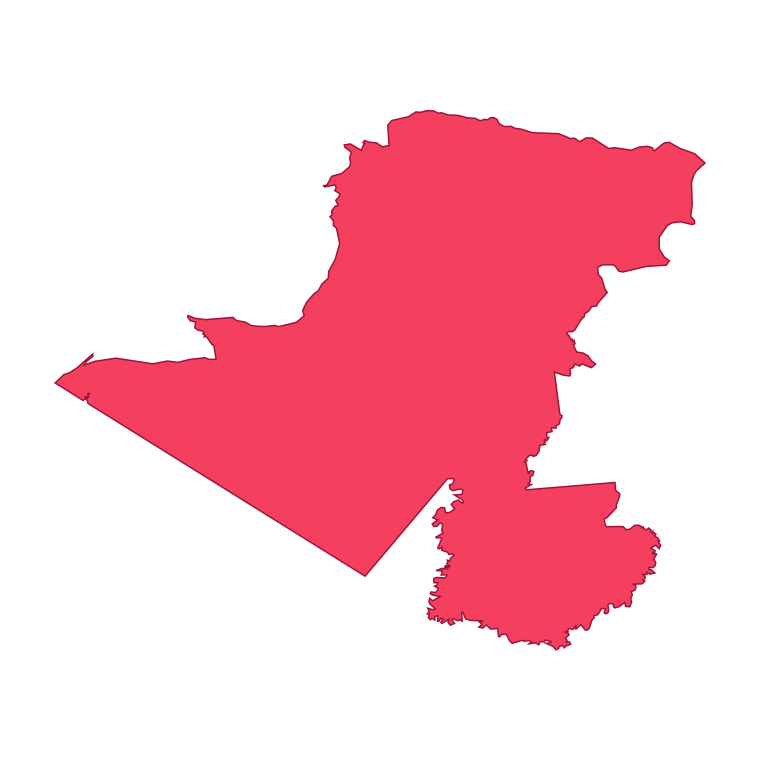 San Vicente De Chucuri, Santander, Colombia (Natural Earth projection), rotated 268°
{"feature_id": "7082276B82845110848853", "entity_name": "San Vicente De Chucuri", "entity_type": "district", "adm_level": 2, "iso_a3": "COL", "parent_name": "Colombia", "parent_adm1": "Santander", "projection": "natural_earth1", "projection_center": [-73.583, 6.928], "detail": "fine", "context": "isolated", "style": "filled", "palette": "rose", "viewbox_px": 768, "rotation_deg": 268, "n_neighbors": 0, "source": "geoboundaries", "source_scale": "gbopen_adm2", "svg_char_len": 6148}
<svg xmlns="http://www.w3.org/2000/svg" viewBox="0 0 768 768"><g transform="rotate(268 384 384)"><path d="M135.3,482.1L135.7,489.2L127.7,489.6L127.3,490.6L129.7,493.1L129.6,497.4L123.3,500.3L120.4,503.0L123.0,513.1L122.0,515.2L122.6,520.0L121.3,522.3L119.2,519.9L120.1,526.3L117.9,529.5L121.1,531.3L120.7,535.4L122.6,536.2L120.8,541.9L119.6,541.6L119.2,536.9L115.8,543.8L112.3,546.6L113.7,549.4L115.3,549.6L116.6,553.2L114.1,555.0L115.9,556.9L117.3,561.5L119.7,560.5L119.7,557.1L121.5,558.0L123.7,556.4L126.8,560.2L128.7,559.3L129.8,556.7L130.3,559.3L131.7,558.9L133.2,560.3L132.0,564.1L136.3,567.8L133.3,566.5L132.4,567.2L136.6,572.3L131.1,576.6L130.9,578.3L132.8,580.6L141.3,583.8L142.6,585.8L145.1,585.6L146.0,589.7L152.0,593.6L151.8,597.5L147.8,596.0L146.7,597.1L147.3,599.6L149.7,600.7L155.4,600.1L156.8,601.7L156.2,605.4L153.1,605.7L152.2,607.0L153.3,611.2L157.2,617.0L153.4,617.7L152.8,621.8L157.5,623.9L160.7,623.1L164.6,624.8L167.9,623.8L169.1,627.4L171.3,628.6L173.7,628.6L175.2,625.5L175.3,635.0L177.8,637.8L179.4,636.2L180.4,638.0L182.2,638.3L184.7,636.4L184.5,640.0L186.6,640.2L184.7,643.2L185.7,648.1L189.1,644.6L189.1,642.6L191.3,642.0L191.2,646.5L193.1,648.7L196.1,649.4L199.5,647.5L204.5,650.5L204.9,646.4L206.0,646.5L206.2,648.8L208.1,649.1L210.4,644.9L213.5,649.7L209.8,653.3L213.3,654.9L216.6,652.5L217.7,654.5L217.7,652.8L219.5,653.2L223.0,649.0L224.4,650.5L225.8,648.9L225.3,647.5L227.5,647.6L226.2,646.3L227.6,645.0L228.6,645.8L230.8,643.6L229.1,641.2L230.3,638.8L232.2,638.2L231.3,636.4L232.4,636.4L233.9,634.1L234.0,629.5L230.3,624.7L230.0,620.9L233.2,617.9L233.7,601.1L235.2,600.2L241.1,599.3L243.0,602.6L252.3,612.0L254.9,611.9L263.6,615.6L266.1,615.7L269.6,611.8L277.5,611.4L273.3,522.7L275.0,521.4L278.5,527.8L279.3,524.5L281.3,526.8L286.2,526.8L287.5,529.5L291.3,530.7L292.3,528.2L291.5,526.2L289.5,525.8L290.0,524.8L300.1,523.2L301.4,521.5L302.4,524.3L303.7,523.1L307.5,526.7L307.6,529.9L306.3,530.8L307.5,533.7L311.3,536.5L317.4,537.8L317.9,542.9L319.0,541.7L320.4,543.4L322.5,542.0L323.1,543.1L321.8,544.9L324.8,546.9L325.1,545.0L329.7,544.8L330.6,550.2L334.4,549.8L334.0,554.5L335.9,554.3L338.2,558.0L342.6,558.8L343.8,560.3L346.1,560.8L347.8,558.7L390.0,554.7L386.4,564.1L385.6,569.9L387.6,570.9L392.9,570.3L393.7,573.5L397.4,575.7L395.0,580.1L397.2,582.4L393.1,591.8L396.6,596.2L399.6,592.5L405.1,588.8L408.0,583.9L409.3,577.7L415.1,575.0L416.9,574.8L417.5,576.3L421.1,575.4L420.1,573.9L422.5,573.4L422.0,572.2L426.1,570.5L427.9,568.1L430.0,570.1L429.7,574.2L431.3,576.5L442.1,583.7L444.1,586.3L447.4,587.4L449.9,591.3L454.2,594.3L454.6,599.2L457.7,600.8L467.7,610.3L470.3,608.4L482.2,605.2L486.2,602.0L492.9,601.5L495.4,606.1L495.2,616.8L493.8,619.2L488.6,622.6L487.6,626.5L492.4,650.4L492.9,670.2L497.2,673.5L501.1,668.5L509.4,663.8L521.2,664.2L532.3,672.5L535.0,677.4L535.8,686.0L532.6,697.6L533.4,700.0L536.2,700.1L540.8,696.4L552.5,698.3L574.5,698.3L581.8,700.7L586.3,703.7L593.6,712.6L603.2,702.7L609.3,687.6L615.6,677.5L615.0,672.2L607.5,662.2L610.8,660.1L612.4,655.5L611.9,647.6L609.0,639.3L612.1,622.6L611.5,616.8L622.5,600.9L622.9,594.8L619.3,587.9L623.0,583.1L622.8,578.8L628.1,567.1L629.9,541.2L634.0,529.6L635.0,523.7L637.1,520.0L637.1,513.0L640.5,507.8L644.3,506.4L646.3,503.3L646.3,499.6L644.3,496.6L645.0,494.0L643.7,489.2L646.3,484.5L647.1,476.7L649.9,467.4L650.6,457.5L653.1,450.9L652.7,447.7L655.2,443.2L655.7,436.4L654.2,429.7L654.8,425.4L650.2,417.7L647.1,401.0L642.5,396.8L622.1,397.4L621.1,390.5L625.2,385.1L626.2,377.5L628.1,373.1L625.9,371.4L624.8,373.4L623.4,371.6L618.2,369.6L625.1,358.7L624.3,352.6L621.9,353.3L616.8,359.5L611.3,357.6L606.2,358.3L602.5,357.3L595.9,349.2L593.4,339.0L585.1,334.1L584.1,331.7L584.7,330.1L583.0,331.6L584.7,341.8L581.9,343.2L579.0,341.5L575.6,346.5L573.0,345.9L569.2,342.2L564.0,344.5L563.4,341.5L561.2,339.6L558.7,337.7L554.8,338.1L553.1,335.9L548.5,339.2L544.3,338.9L541.3,342.0L525.9,344.6L510.3,339.6L498.5,332.7L491.7,332.0L486.4,325.8L479.3,321.4L476.5,317.1L468.5,309.6L460.2,305.2L455.0,306.6L448.7,298.6L445.0,280.4L446.3,277.5L445.6,266.2L446.3,258.2L447.2,253.0L450.8,247.3L452.5,238.8L455.8,235.5L454.6,208.2L456.1,197.8L459.3,190.6L457.9,190.1L454.0,192.6L452.4,197.9L446.7,196.9L444.1,200.4L443.3,204.5L441.6,206.0L440.5,204.7L438.8,206.9L437.4,206.0L437.8,208.0L429.1,213.8L428.3,215.4L414.6,217.0L414.7,210.2L416.5,206.1L415.3,190.4L412.8,179.0L414.5,168.4L412.2,153.6L419.2,116.8L416.7,95.6L413.4,84.9L416.8,87.3L421.8,94.0L424.2,94.0L410.8,77.7L406.2,70.0L404.5,64.3L396.5,55.4L377.7,83.2L378.4,82.8L379.4,85.2L382.4,84.6L380.6,85.9L382.9,88.0L383.2,87.7L384.6,87.7L385.1,88.2L384.4,89.3L383.7,87.9L381.5,88.5L379.7,86.2L374.8,87.6L192.6,358.4L287.2,444.2L287.0,450.2L284.7,450.7L281.7,448.8L280.9,445.9L276.9,446.3L274.9,449.1L276.5,456.6L275.2,459.1L271.0,458.2L270.7,450.4L265.6,458.1L263.1,459.1L262.1,457.9L265.5,454.4L263.9,449.6L261.3,447.0L256.6,450.2L253.4,445.2L253.1,441.1L258.2,440.2L258.7,436.9L256.0,432.9L251.5,431.1L248.7,428.0L246.2,433.0L242.5,427.3L239.8,428.8L240.2,432.5L243.0,434.7L243.0,436.2L240.9,437.7L235.7,436.5L232.8,437.7L229.2,430.5L228.3,431.0L228.5,434.9L227.2,436.2L218.2,432.0L217.3,433.4L218.8,436.4L215.9,435.8L213.6,441.8L211.5,442.7L211.9,446.5L210.5,448.0L207.4,444.2L204.9,443.7L205.7,441.0L203.5,441.6L202.3,440.4L199.1,444.2L200.4,439.0L198.7,438.3L198.7,441.9L196.8,441.1L197.7,435.2L195.7,429.6L195.2,435.8L191.1,434.5L191.1,439.8L190.2,440.2L188.1,438.1L188.8,429.2L187.7,426.9L183.7,427.0L183.5,430.9L180.9,429.7L180.2,427.5L177.9,430.9L176.4,430.8L173.7,428.0L174.6,423.9L173.0,422.8L171.4,425.0L169.6,432.7L165.6,424.9L168.2,422.2L164.9,421.3L162.3,422.4L157.6,427.4L156.8,424.6L158.4,419.9L155.4,421.2L152.7,419.3L152.4,421.6L149.2,420.2L146.8,422.0L148.2,423.7L146.3,426.6L149.7,426.6L150.6,429.6L144.9,429.3L145.0,430.6L147.8,432.6L147.2,434.9L143.9,432.5L142.7,433.5L146.8,440.9L143.7,439.6L140.6,441.9L142.3,446.1L145.6,443.8L147.2,444.7L144.8,449.4L145.6,451.3L144.3,453.9L152.4,453.6L153.1,454.8L146.4,457.4L144.8,462.0L143.8,474.2L143.0,474.1L143.3,470.7L140.3,473.4L137.7,470.3L136.7,474.2L139.6,477.9L135.3,482.1Z" fill="#f43f5e" stroke="#9f1239" stroke-width="1.5"/></g></svg>